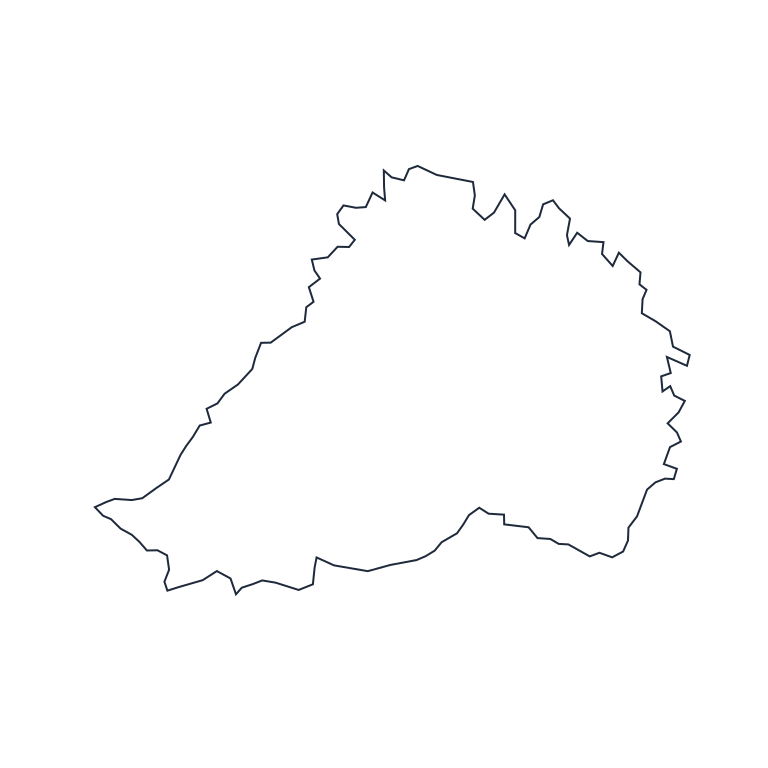 the district of Bom Jesus do Sul, Paraná, Brazil, rotated 350°
{"feature_id": "56859067B42823585611232", "entity_name": "Bom Jesus do Sul", "entity_type": "district", "adm_level": 2, "iso_a3": "BRA", "parent_name": "Brazil", "parent_adm1": "Paraná", "projection": "albers", "projection_center": [-53.552, -26.155], "detail": "fine", "context": "isolated", "style": "outline", "palette": "slate", "viewbox_px": 768, "rotation_deg": 350, "n_neighbors": 0, "source": "geoboundaries", "source_scale": "gbopen_adm2", "svg_char_len": 1948}
<svg xmlns="http://www.w3.org/2000/svg" viewBox="0 0 768 768"><g transform="rotate(350 384 384)"><path d="M652.9,528.0L657.7,518.4L645.7,511.5L654.7,495.8L666.4,492.2L664.1,482.6L656.5,472.0L669.2,463.1L677.3,452.9L667.8,445.8L665.5,435.8L657.0,439.7L658.3,424.6L668.3,423.0L667.3,406.5L685.5,418.7L690.1,408.5L675.1,397.4L674.7,381.7L662.5,369.5L650.2,359.1L653.4,345.3L658.9,336.9L652.9,330.2L656.0,318.6L645.3,305.6L638.1,295.5L629.7,307.5L621.3,293.8L624.8,282.4L609.5,278.6L600.5,268.6L590.4,279.2L590.0,269.2L595.9,253.4L586.9,241.4L582.3,232.4L571.9,234.7L566.0,246.5L556.0,252.4L547.8,265.0L539.4,258.1L543.4,235.7L535.7,218.2L522.1,234.3L511.6,239.8L501.8,226.7L506.2,214.1L506.7,200.5L472.3,187.3L455.0,175.1L445.9,176.7L439.1,186.9L427.4,181.8L420.9,173.7L418.2,190.5L417.0,203.4L406.0,193.4L396.8,206.6L387.0,205.6L375.1,201.1L367.4,208.6L367.4,218.6L380.3,236.9L373.4,243.0L362.1,240.8L350.6,249.5L334.5,248.9L335.2,260.1L339.3,269.1L326.8,275.6L328.9,290.8L320.8,294.9L316.7,308.9L303.1,312.0L279.6,323.6L270.1,322.1L261.8,335.8L256.9,346.3L240.1,359.1L225.3,365.9L216.6,374.2L205.0,377.6L206.7,391.9L195.3,392.9L186.6,402.9L178.5,410.6L171.3,418.5L155.6,440.7L142.0,446.8L126.1,454.5L115.5,454.5L98.9,450.4L89.9,452.0L77.9,455.1L84.5,465.0L91.7,469.7L99.5,480.7L109.4,488.7L115.6,496.8L121.6,506.8L132.0,508.4L140.6,515.1L140.1,529.6L133.4,540.6L134.8,549.9L147.0,548.3L171.4,545.7L186.9,539.2L199.1,548.9L201.7,565.4L208.6,559.9L219.9,558.3L230.0,556.3L242.7,560.8L264.2,572.0L279.2,568.9L283.8,552.7L287.5,543.1L303.2,553.9L335.5,565.5L358.9,563.3L385.6,563.0L395.1,560.8L405.0,556.9L413.3,549.8L430.0,543.7L437.6,536.2L444.9,527.9L456.3,522.4L464.5,529.9L479.5,533.5L478.0,543.1L501.5,550.2L508.4,562.4L520.9,565.5L528.3,571.8L537.7,574.0L556.7,589.5L566.8,587.6L578.6,594.3L590.4,590.5L597.1,580.5L599.8,567.9L610.2,558.3L624.7,533.7L634.2,528.0L644.3,526.0L652.9,528.0Z" fill="none" stroke="#1e293b" stroke-width="2"/></g></svg>